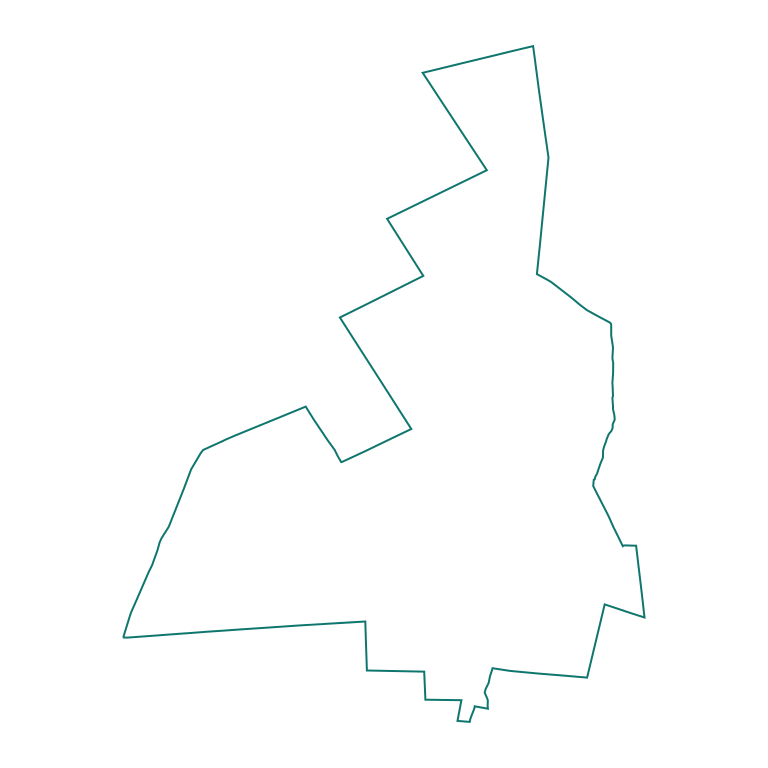 the district of Valea Marului, Galati, Romania
{"feature_id": "2599482B22058723749755", "entity_name": "Valea Marului", "entity_type": "district", "adm_level": 2, "iso_a3": "ROU", "parent_name": "Romania", "parent_adm1": "Galati", "projection": "robinson", "projection_center": [27.684, 45.875], "detail": "fine", "context": "isolated", "style": "outline", "palette": "teal", "viewbox_px": 768, "rotation_deg": 0, "n_neighbors": 0, "source": "geoboundaries", "source_scale": "gbopen_adm2", "svg_char_len": 2496}
<svg xmlns="http://www.w3.org/2000/svg" viewBox="0 0 768 768"><path d="M594.6,479.4L595.0,478.1L595.3,476.8L596.1,475.3L597.0,473.8L598.7,468.6L600.5,463.4L602.9,457.7L603.1,450.5L603.3,449.7L603.8,447.7L604.4,445.8L605.0,444.2L606.1,441.3L606.6,439.3L607.3,437.6L608.8,434.0L610.6,431.9L611.3,431.0L611.8,430.1L612.6,428.0L612.7,424.3L614.7,419.7L614.6,417.7L614.3,415.0L613.0,409.0L613.0,406.4L612.4,397.8L613.0,396.0L612.8,391.2L612.7,387.6L612.4,383.0L613.1,372.8L613.2,363.1L612.4,358.3L613.0,347.4L612.6,344.7L611.2,335.5L611.2,325.4L611.2,325.0L610.8,323.5L609.9,322.6L594.6,314.4L586.7,310.0L583.1,307.2L579.4,304.4L571.6,297.8L561.0,289.6L550.6,281.6L549.8,281.2L547.0,279.6L546.1,279.1L536.9,274.1L538.6,257.6L540.1,243.0L548.5,157.6L546.3,142.1L545.5,136.8L543.7,124.0L541.9,111.3L539.0,90.6L534.0,52.6L533.1,46.1L513.8,50.7L461.8,63.3L422.7,72.8L439.1,97.8L463.4,134.7L486.8,170.2L387.1,218.8L395.3,231.8L423.3,275.9L364.9,305.1L339.9,317.5L354.6,340.5L383.5,385.5L411.3,429.0L392.9,437.8L366.0,450.8L341.9,462.0L341.2,462.1L338.0,456.6L335.3,451.2L334.9,450.3L333.0,447.6L327.7,440.3L313.8,419.6L305.7,406.6L288.7,413.6L253.0,428.2L241.3,433.0L237.7,434.5L235.4,435.4L234.5,435.8L233.4,436.3L232.2,436.8L225.9,439.5L222.6,441.1L203.1,450.0L200.8,453.0L191.1,469.4L183.9,488.6L174.3,512.8L171.6,519.5L171.3,520.5L168.7,526.9L161.7,537.9L159.6,542.5L157.4,550.5L153.3,561.8L152.2,565.0L148.7,572.0L141.0,589.8L137.9,596.9L137.0,599.0L130.8,613.1L124.9,632.0L123.5,636.7L123.7,637.5L127.5,637.6L150.9,635.9L184.5,633.4L186.6,633.3L206.2,631.8L207.7,631.7L215.0,631.2L224.0,630.6L235.0,629.8L279.6,626.8L300.1,625.4L365.3,621.5L365.8,637.8L366.9,670.5L397.3,671.1L422.6,671.6L424.2,671.6L425.4,699.7L461.4,700.2L457.5,720.9L469.7,721.9L470.4,718.7L471.9,714.7L474.4,708.4L474.7,706.3L487.9,708.7L487.7,706.4L487.6,705.2L487.7,704.0L487.8,701.4L487.8,700.6L487.5,699.1L487.3,698.8L486.3,696.3L485.3,694.1L484.7,692.7L485.7,688.9L488.7,682.8L489.2,680.3L489.9,676.6L492.0,670.2L492.5,668.2L499.0,669.2L510.0,670.9L523.9,672.2L537.8,673.5L564.9,675.7L587.1,677.6L604.7,604.4L624.8,611.1L631.7,613.4L644.5,617.5L644.2,614.9L642.4,598.7L640.5,582.5L639.0,570.0L638.3,564.4L637.6,558.2L636.6,550.0L636.1,545.7L631.3,545.6L626.0,545.4L623.9,545.5L622.8,546.2L622.4,545.3L613.4,527.0L613.3,526.8L609.3,517.8L608.4,515.8L608.3,515.6L602.3,503.9L602.1,503.5L595.6,490.8L595.5,490.6L593.2,486.0L593.4,483.9L593.6,481.5L593.8,479.7L594.6,479.4Z" fill="none" stroke="#0f766e" stroke-width="2"/></svg>